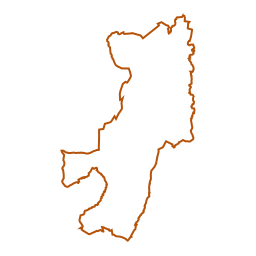 the district of Ogan Ilir, Sumatera Selatan, Indonesia
{"feature_id": "22746128B50783491652131", "entity_name": "Ogan Ilir", "entity_type": "district", "adm_level": 2, "iso_a3": "IDN", "parent_name": "Indonesia", "parent_adm1": "Sumatera Selatan", "projection": "robinson", "projection_center": [104.638, -3.42], "detail": "fine", "context": "isolated", "style": "outline", "palette": "amber", "viewbox_px": 256, "rotation_deg": 0, "n_neighbors": 0, "source": "geoboundaries", "source_scale": "gbopen_adm2", "svg_char_len": 5786}
<svg xmlns="http://www.w3.org/2000/svg" viewBox="0 0 256 256"><path d="M184.7,21.2L184.9,17.8L184.3,15.9L183.2,15.9L183.0,15.4L182.0,17.0L177.0,17.4L176.2,19.1L175.4,19.8L175.3,19.6L175.1,19.9L175.0,21.4L175.4,22.8L175.2,24.5L174.4,25.4L173.7,25.9L172.5,25.9L172.1,27.0L171.2,27.5L170.9,28.8L171.0,31.1L170.8,31.7L170.1,32.5L168.9,33.4L168.5,32.4L168.8,32.2L168.4,31.2L168.6,30.8L167.9,29.0L169.0,27.4L168.5,26.2L168.1,25.7L167.5,25.4L166.4,25.3L161.5,22.2L157.8,23.7L159.0,25.3L158.5,25.9L142.9,38.3L140.7,35.5L132.6,33.2L132.6,33.3L124.7,33.9L123.9,33.8L123.6,33.3L123.5,32.3L121.7,33.0L120.3,33.9L119.3,34.3L118.4,34.0L118.1,33.7L117.9,32.5L117.7,32.4L117.0,32.0L115.9,32.0L113.8,33.0L112.4,33.1L111.4,33.9L111.3,34.5L110.3,35.7L109.3,36.0L108.2,37.5L108.2,37.9L107.1,39.6L107.2,41.1L108.5,42.2L108.5,43.5L108.8,44.1L108.4,44.6L108.4,45.6L110.0,47.4L110.6,53.5L111.8,55.1L111.6,56.5L112.6,58.2L112.5,58.8L113.3,59.5L114.4,62.5L115.3,64.3L116.3,65.6L117.5,66.2L118.2,66.8L119.7,67.3L121.6,68.4L128.8,68.5L130.0,71.9L130.9,75.6L130.9,76.3L130.2,77.9L128.2,81.2L127.0,82.6L125.7,81.9L125.5,82.2L124.8,82.3L123.2,83.6L122.8,84.0L120.5,90.7L119.8,93.8L120.1,99.9L121.5,99.4L122.6,98.3L122.0,100.5L121.5,102.9L121.9,106.6L121.9,108.8L118.3,114.2L116.0,118.9L114.5,116.3L111.1,121.7L109.9,122.4L104.9,123.8L103.4,128.9L99.1,129.6L99.1,137.6L98.8,147.7L98.9,149.4L98.7,150.0L97.0,150.0L93.1,151.4L90.9,152.6L88.3,153.5L86.3,153.5L83.2,152.8L82.5,153.0L81.3,152.5L79.8,153.0L79.1,152.7L75.7,153.0L73.8,152.6L69.7,153.1L65.8,152.4L63.8,150.9L62.8,150.6L61.5,150.7L62.2,152.5L64.1,154.9L63.4,159.7L63.4,160.3L64.3,162.3L64.4,163.4L64.1,165.3L63.6,166.2L62.7,167.2L62.3,168.2L62.5,169.3L62.9,169.4L63.2,170.6L63.7,174.5L63.7,178.4L62.2,181.0L62.2,181.5L62.8,183.1L65.2,186.1L67.0,186.8L68.2,186.7L69.8,185.5L72.6,184.1L73.5,183.4L75.6,182.5L77.0,182.1L77.7,182.8L78.2,182.9L78.4,182.2L79.2,181.8L78.4,179.7L80.9,178.3L81.6,178.6L82.3,177.6L82.8,177.8L82.8,177.5L83.5,177.4L84.4,177.8L84.5,177.1L85.8,177.0L87.1,176.7L87.9,175.9L88.7,175.6L88.9,174.4L88.7,173.2L90.5,171.6L92.1,168.3L92.7,167.9L93.1,168.4L94.1,168.8L95.9,167.8L96.5,167.8L97.0,168.3L97.1,168.8L97.1,169.5L96.7,170.3L97.7,171.0L98.1,171.9L100.6,173.7L101.2,173.8L101.2,174.6L102.0,175.0L102.9,176.1L102.9,176.6L104.3,177.4L104.7,179.8L106.7,183.5L106.7,184.0L106.9,184.6L106.4,184.8L106.4,187.3L105.6,187.9L105.8,189.2L104.6,190.9L105.0,190.9L105.0,191.7L104.3,192.0L103.0,193.9L103.4,193.9L103.4,195.0L101.5,196.7L101.8,197.1L101.8,197.8L101.2,198.0L100.8,198.7L100.7,200.5L98.1,202.9L98.1,204.0L97.8,204.1L97.7,204.6L97.3,204.6L97.2,204.9L96.8,204.8L95.3,205.1L94.6,206.6L92.2,207.1L91.9,207.7L91.7,207.6L90.9,208.3L89.5,208.5L89.0,208.7L89.0,209.2L86.3,210.6L85.2,210.6L84.4,211.9L84.5,213.0L83.6,214.5L80.6,215.3L79.5,219.9L79.6,220.9L80.0,222.1L81.1,223.3L82.7,226.1L82.7,226.7L82.4,227.0L80.9,227.7L80.4,228.1L82.0,228.0L81.7,229.7L83.1,230.7L88.6,234.0L89.6,234.2L95.6,231.5L96.4,230.9L97.8,231.1L100.4,230.0L103.1,231.6L103.4,231.5L102.1,227.1L103.6,227.3L105.6,228.5L106.7,228.7L107.7,229.3L108.8,229.3L109.0,230.3L110.0,230.9L111.7,230.0L112.5,234.7L114.0,234.7L115.4,235.9L116.1,236.2L120.3,236.7L122.3,237.3L125.8,238.9L126.9,240.2L127.7,240.6L128.6,239.7L130.0,237.6L131.4,236.9L130.9,236.4L131.1,235.8L134.1,230.3L135.4,229.2L135.7,226.3L136.5,225.0L135.1,224.9L135.5,223.8L136.1,223.6L136.3,222.4L136.7,222.4L138.1,220.5L138.7,219.4L138.4,218.4L138.8,217.4L139.4,217.2L140.3,215.3L141.0,215.0L141.6,213.7L142.7,213.1L142.8,212.6L143.7,212.0L143.4,210.7L144.0,209.9L144.4,208.7L144.9,207.9L144.6,206.1L145.0,205.9L145.0,204.9L146.1,202.7L146.1,202.0L146.8,199.3L147.7,197.7L148.5,197.1L148.7,196.7L149.2,196.5L149.4,196.1L149.2,195.6L149.0,194.3L149.4,193.4L149.1,193.4L149.1,192.4L149.3,192.2L149.2,190.0L149.3,188.8L149.1,188.4L149.0,187.7L149.4,185.9L149.4,184.2L149.7,184.0L149.7,183.3L149.9,183.3L149.8,182.3L150.2,180.7L150.7,179.9L150.9,178.9L150.8,174.2L151.3,170.9L151.6,170.3L152.0,170.0L154.5,166.8L156.1,163.5L157.2,157.3L158.6,152.0L158.5,149.4L163.0,147.2L164.5,144.1L166.1,141.3L172.4,144.4L172.4,145.3L172.6,145.4L172.4,146.0L172.8,146.2L173.1,146.8L173.6,147.0L174.0,147.5L174.4,147.4L174.7,147.0L175.0,145.5L178.6,143.4L178.8,142.3L179.5,142.2L183.0,140.0L185.4,141.3L186.3,141.2L189.0,141.5L190.2,141.4L193.2,139.1L193.4,137.6L192.8,136.4L192.8,135.6L191.4,133.0L190.8,130.5L191.9,128.9L192.3,127.5L191.0,120.4L191.3,119.5L191.0,118.7L191.7,118.4L191.8,116.5L192.4,116.5L192.6,114.7L193.2,112.8L194.0,113.1L194.5,110.0L194.3,108.9L194.1,108.5L192.1,108.2L191.4,106.8L191.7,106.5L191.7,105.8L192.1,105.5L192.4,104.3L193.1,103.9L193.5,104.0L193.7,103.7L194.0,101.8L193.0,100.2L192.9,99.6L192.6,99.6L193.0,99.5L193.0,98.6L193.4,97.1L193.6,96.8L193.6,96.4L192.8,95.0L191.6,94.6L190.6,94.6L190.1,93.1L189.3,93.1L189.1,92.9L189.3,92.5L190.0,92.1L189.5,90.3L189.9,88.9L190.9,87.1L190.8,86.7L190.5,86.4L189.2,85.6L189.3,85.0L191.6,83.6L191.5,80.2L191.8,78.9L191.5,78.0L191.6,76.2L191.4,76.2L191.0,75.0L190.9,73.7L191.0,73.5L190.8,73.2L191.5,72.6L190.7,71.7L192.3,71.7L192.8,71.5L192.8,71.2L193.1,70.8L193.5,69.3L193.7,69.1L193.5,67.7L193.0,66.1L192.2,64.9L191.4,64.2L191.2,63.0L190.5,61.7L189.4,60.5L189.4,59.6L189.7,59.3L189.0,59.1L188.6,58.5L189.6,57.9L190.2,57.1L189.6,56.7L189.4,56.4L189.5,55.9L189.8,55.6L190.0,55.1L190.6,54.8L192.2,54.7L193.0,54.2L193.6,53.5L193.6,53.1L193.2,52.5L193.3,52.1L194.2,51.1L194.2,50.3L193.7,50.2L191.9,50.5L191.5,50.6L191.3,50.6L191.7,50.4L192.4,49.3L193.7,48.5L194.3,47.9L193.5,45.9L193.2,44.6L190.8,44.6L189.3,45.3L188.1,44.5L187.8,44.1L188.0,42.5L188.8,41.1L189.6,41.0L189.5,40.5L190.0,40.1L190.4,38.8L191.1,36.2L192.1,29.7L191.5,29.4L188.5,28.7L187.0,28.2L187.6,28.4L187.9,27.3L188.1,23.7L189.4,21.9L184.7,21.2Z" fill="none" stroke="#b45309" stroke-width="2"/></svg>